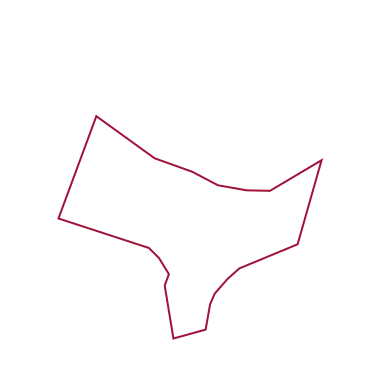 Sveti Andraž v Slovenskih Goricah, Mercator projection, rotated 233°
{"feature_id": "SVN-268", "entity_name": "Sveti Andraž v Slovenskih Goricah", "entity_type": "Municipality", "adm_level": 1, "iso_a3": "SVN", "parent_name": "Slovenia", "parent_adm1": "", "projection": "mercator", "projection_center": [15.95, 46.517], "detail": "fine", "context": "isolated", "style": "outline", "palette": "rose", "viewbox_px": 384, "rotation_deg": 233, "n_neighbors": 0, "source": "natural_earth", "source_scale": "10m", "svg_char_len": 398}
<svg xmlns="http://www.w3.org/2000/svg" viewBox="0 0 384 384"><g transform="rotate(233 192 192)"><path d="M73.9,120.1L86.2,89.0L133.7,113.9L140.3,124.1L159.2,125.9L173.2,123.9L251.2,69.4L310.1,161.2L241.5,182.4L208.1,204.3L181.7,216.8L160.5,236.6L146.0,255.0L139.4,314.6L86.7,244.9L102.5,183.8L101.2,168.2L97.2,149.1L91.5,138.9L73.9,120.1Z" fill="none" stroke="#9f1239" stroke-width="2"/></g></svg>